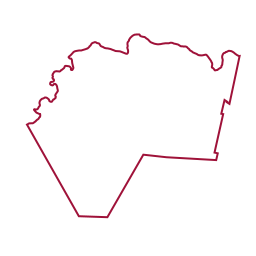 Nuevo Laredo, Tamaulipas, Mexico, rotated 278°
{"feature_id": "50627088B36584167330730", "entity_name": "Nuevo Laredo", "entity_type": "district", "adm_level": 2, "iso_a3": "MEX", "parent_name": "Mexico", "parent_adm1": "Tamaulipas", "projection": "robinson", "projection_center": [-99.568, 27.475], "detail": "fine", "context": "isolated", "style": "outline", "palette": "rose", "viewbox_px": 256, "rotation_deg": 278, "n_neighbors": 0, "source": "geoboundaries", "source_scale": "gbopen_adm2", "svg_char_len": 5847}
<svg xmlns="http://www.w3.org/2000/svg" viewBox="0 0 256 256"><g transform="rotate(278 128 128)"><path d="M108.5,219.8L115.4,220.4L115.7,217.1L155.0,220.3L155.1,218.4L169.2,219.7L167.8,222.6L167.3,222.3L166.0,225.1L190.0,226.8L214.8,228.5L214.7,228.2L214.7,227.7L214.8,227.4L215.0,227.0L215.4,225.8L216.5,223.7L217.2,222.7L217.6,221.9L217.9,221.3L218.4,220.0L218.5,219.6L218.5,218.9L218.5,217.2L218.3,216.8L217.5,215.6L217.0,215.0L216.9,214.7L216.9,214.4L216.8,214.2L216.1,213.7L215.8,213.3L215.7,212.9L215.5,212.5L215.0,212.1L214.2,211.7L213.4,211.5L212.6,211.3L211.8,211.3L211.2,211.4L210.6,211.5L210.2,211.7L209.1,212.2L208.6,212.3L208.2,212.4L205.8,212.4L204.1,212.5L203.4,212.4L202.8,212.0L202.5,211.9L201.8,212.0L201.5,212.0L201.2,211.8L200.8,211.6L198.9,209.3L198.5,209.0L198.1,208.6L197.9,208.4L197.6,207.3L197.3,206.6L197.2,206.3L197.2,206.0L197.5,205.6L198.2,205.0L198.6,204.6L199.1,203.8L199.4,203.5L199.6,203.1L199.6,202.9L199.6,202.7L199.8,202.6L200.2,202.5L200.9,202.5L201.8,202.6L202.4,202.6L203.0,202.5L204.1,202.2L204.8,201.5L205.4,201.3L207.2,199.8L208.4,198.6L209.9,197.2L210.7,196.3L211.2,195.7L211.4,195.3L211.4,195.0L211.4,194.6L210.9,193.2L210.4,191.9L210.1,190.6L210.0,190.1L210.1,189.0L210.0,188.7L209.9,188.5L209.9,188.4L210.0,188.0L210.2,187.1L210.5,186.4L210.7,186.2L210.8,185.9L211.0,185.3L211.3,184.0L211.6,183.0L211.7,182.5L212.0,181.6L212.6,180.8L213.2,179.4L213.4,178.9L213.5,178.7L213.7,178.3L213.9,178.1L214.3,177.9L214.6,177.5L214.9,177.2L215.1,176.7L215.4,176.2L216.2,175.3L216.4,175.0L216.5,174.6L216.7,174.0L216.7,173.1L216.6,172.4L216.4,172.1L216.4,171.9L216.5,171.0L216.4,170.1L216.3,169.0L216.5,168.4L216.7,168.0L217.6,166.0L217.7,165.5L217.8,164.2L217.9,163.7L218.0,161.6L218.4,160.4L218.5,159.6L218.4,158.7L218.3,158.1L218.1,157.7L217.9,157.3L217.6,156.6L217.5,156.0L217.4,155.4L217.2,153.7L217.0,152.8L216.6,151.6L216.5,151.0L215.6,148.5L215.5,148.0L215.1,146.4L215.0,145.2L215.1,142.9L215.2,142.1L215.9,139.3L216.2,138.4L216.4,138.1L216.8,137.5L218.2,135.8L218.7,135.0L219.3,133.6L220.0,132.6L220.3,131.9L220.4,131.7L220.4,131.3L220.4,130.1L220.6,128.3L220.7,127.9L220.9,127.4L221.0,127.2L221.8,126.7L222.0,126.5L222.2,126.1L222.2,125.9L222.1,125.4L221.9,123.8L221.8,123.4L221.6,122.9L221.5,122.0L221.3,121.6L221.1,121.2L220.4,120.2L219.7,119.4L219.3,119.1L217.7,117.8L216.0,117.0L215.6,116.8L214.9,116.8L214.5,116.7L214.3,116.6L212.9,115.8L212.6,115.7L212.4,115.7L211.7,115.7L210.4,115.9L209.7,116.2L208.8,116.3L208.3,116.3L207.7,116.1L207.2,116.2L206.2,116.6L205.9,116.8L205.3,117.1L204.7,117.3L203.5,117.5L203.0,117.5L202.4,117.4L201.9,117.2L201.5,116.9L201.4,116.7L201.3,116.1L201.4,115.3L201.8,113.7L202.1,112.4L202.2,112.1L202.5,110.8L202.7,109.8L202.8,109.3L202.5,104.9L202.6,104.6L202.9,103.5L203.1,102.6L203.3,101.6L203.6,100.5L203.8,99.5L204.0,96.8L203.9,95.4L204.0,93.9L204.4,92.7L204.7,92.1L205.0,90.8L205.1,90.4L205.4,89.6L205.6,89.4L207.1,88.1L207.4,87.9L207.7,87.3L207.7,87.0L207.8,86.0L207.8,85.7L207.9,85.2L208.4,84.2L208.4,83.9L208.4,83.2L208.0,82.5L207.6,81.6L206.9,80.6L206.6,80.3L204.5,79.4L203.9,78.9L203.5,78.5L203.0,78.4L202.5,78.0L202.0,77.6L201.5,77.2L201.0,76.7L200.9,76.2L200.3,75.3L198.5,71.4L198.3,71.0L198.0,68.9L197.5,67.3L197.0,65.8L196.6,64.8L196.3,64.3L195.9,63.8L195.4,63.3L194.6,62.8L192.7,61.5L191.9,60.9L190.5,59.6L190.2,59.4L189.9,59.4L189.7,59.4L189.5,59.6L188.8,60.5L188.7,60.9L188.7,61.3L188.7,61.6L188.8,61.9L188.7,62.1L188.5,62.3L187.5,63.0L184.6,63.7L183.8,64.0L182.1,64.7L181.5,64.9L180.4,65.4L180.1,65.5L179.8,65.5L179.5,65.5L179.2,65.4L178.9,65.3L178.6,65.2L178.3,65.1L177.8,64.8L177.7,64.7L177.6,64.2L177.6,63.9L177.6,63.7L177.8,63.5L178.0,63.3L179.0,63.3L179.3,63.2L179.7,62.9L180.1,62.5L180.5,62.0L180.9,61.1L180.9,59.5L180.9,57.9L180.8,57.5L180.7,57.2L180.3,56.8L179.2,56.6L178.7,56.4L178.3,56.2L177.9,55.8L176.5,54.5L176.2,54.2L176.0,53.8L175.7,53.5L175.3,53.3L175.0,53.2L174.7,52.8L174.6,52.6L174.4,52.3L174.4,51.4L174.3,49.5L174.3,49.0L174.0,48.6L173.9,48.1L173.7,47.7L173.5,47.4L172.9,46.9L172.1,46.6L171.4,46.2L171.2,46.1L170.9,46.0L170.5,46.1L170.3,46.0L170.1,45.9L169.8,45.8L169.5,45.9L168.8,46.4L168.5,46.5L168.1,46.5L167.4,46.2L167.2,46.2L166.6,46.5L166.4,46.7L166.1,47.0L166.0,47.5L165.8,47.7L165.5,47.9L165.1,48.0L164.8,48.1L164.5,48.1L164.2,47.9L163.8,47.7L163.5,47.4L163.3,47.0L163.1,46.2L162.8,45.3L162.5,45.0L162.0,44.8L161.0,44.7L160.6,44.8L160.3,45.1L160.0,45.5L159.7,46.7L159.7,47.1L159.7,47.4L160.0,47.8L160.3,48.1L160.7,48.2L161.0,48.4L161.3,48.7L161.4,49.0L161.5,49.3L161.5,49.8L161.4,50.1L160.9,50.8L160.5,51.2L159.7,51.7L159.4,51.9L157.4,52.5L156.5,52.9L155.4,53.3L154.9,53.3L154.6,53.3L154.2,53.1L153.2,52.6L151.4,51.7L150.7,51.5L150.3,51.4L149.9,51.5L149.6,51.6L149.4,51.9L149.1,52.1L148.7,52.1L148.2,52.1L147.8,52.1L147.4,51.9L147.2,51.6L147.0,51.4L146.2,50.9L145.9,50.2L145.1,49.7L144.2,49.3L143.7,49.1L143.4,48.8L143.3,48.5L143.2,48.1L143.4,47.2L143.7,46.5L144.0,46.3L145.2,45.7L145.4,45.5L145.8,44.8L146.3,44.0L146.6,43.3L146.7,42.9L146.7,42.5L146.7,41.6L146.5,41.3L145.6,40.2L145.0,38.9L144.8,38.6L144.3,38.2L144.0,37.9L143.0,37.3L142.6,37.1L142.1,36.9L141.6,36.9L140.5,36.8L139.7,37.1L139.3,37.3L138.8,37.5L138.1,37.6L137.6,37.5L136.8,37.0L136.4,36.7L135.8,36.5L134.8,36.2L134.2,35.8L133.9,35.4L133.7,35.0L133.5,34.4L133.5,33.8L133.6,32.9L133.5,32.6L133.3,32.5L133.1,32.4L132.8,32.5L131.5,33.9L131.0,34.6L130.6,35.0L130.4,35.4L130.2,36.2L129.6,38.1L129.6,38.7L129.6,39.0L129.0,39.2L127.9,39.4L127.6,39.4L126.8,39.3L126.5,39.1L126.3,38.8L125.9,38.6L124.7,38.1L124.1,37.6L123.6,36.9L122.8,36.3L122.4,35.9L122.1,35.7L121.9,35.7L121.7,35.5L121.3,35.2L121.2,34.9L120.9,34.6L120.5,34.3L119.6,33.3L119.4,32.8L119.3,32.4L119.2,31.3L119.0,30.7L119.0,30.4L118.9,29.8L118.7,29.3L118.3,28.7L117.9,28.4L117.3,27.5L33.8,91.6L36.8,120.0L103.7,146.9L104.4,170.2L108.5,219.8Z" fill="none" stroke="#9f1239" stroke-width="2"/></g></svg>